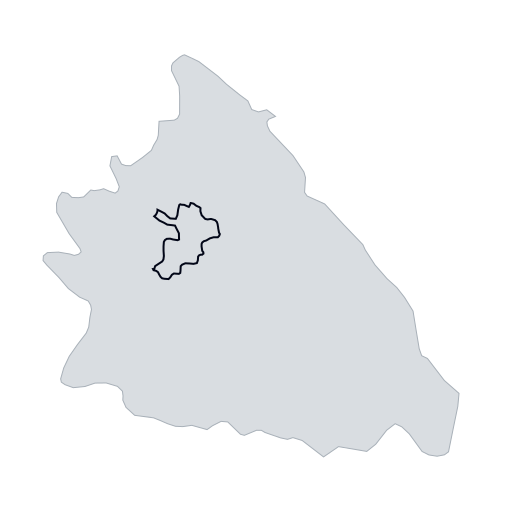 Bosnia and Herzegovina, with Sarajevo highlighted, rotated 184°
{"feature_id": "BIH-2890", "entity_name": "Sarajevo", "entity_type": "Canton", "adm_level": 1, "iso_a3": "BIH", "parent_name": "Bosnia and Herzegovina", "parent_adm1": "", "projection": "equal_earth", "projection_center": [18.322, 43.843], "detail": "fine", "context": "in_parent", "style": "outline", "palette": "ink", "viewbox_px": 512, "rotation_deg": 184, "n_neighbors": 0, "source": "natural_earth", "source_scale": "10m", "svg_char_len": 3309}
<svg xmlns="http://www.w3.org/2000/svg" viewBox="0 0 512 512"><g transform="rotate(184 256 256)"><path d="M441.4,116.6L442.3,119.8L440.0,130.9L435.3,142.9L427.8,155.4L420.0,167.2L417.9,173.4L417.4,183.3L416.4,191.2L417.5,195.4L420.2,199.4L429.0,202.6L440.9,210.4L451.0,220.7L464.0,232.3L468.1,236.6L468.1,241.3L464.4,244.8L453.3,246.1L441.8,245.0L437.3,243.9L433.2,245.3L430.7,247.9L432.1,251.1L444.0,265.3L457.8,285.6L458.7,294.4L457.0,301.3L453.9,306.1L448.1,305.3L443.8,301.6L437.1,301.8L432.0,302.9L425.4,310.3L422.0,309.9L416.3,311.1L412.7,312.5L406.9,310.4L400.9,308.9L398.3,311.2L397.2,315.5L400.9,323.4L408.0,335.7L406.9,345.1L401.5,346.2L396.6,338.3L392.3,337.1L387.3,337.3L376.0,346.4L367.7,354.1L365.8,359.4L362.8,365.3L361.9,369.5L362.1,383.6L347.0,385.8L343.9,387.9L342.1,392.2L343.3,410.3L344.6,420.0L353.2,435.0L353.5,439.8L352.3,442.9L346.2,448.9L343.2,451.0L341.3,451.7L331.2,447.8L326.5,445.9L306.4,432.6L297.5,425.3L283.5,415.6L274.9,410.1L270.5,401.8L263.6,399.9L255.5,402.6L246.3,396.6L252.8,393.4L254.5,390.5L253.7,386.6L250.8,381.4L226.1,358.7L214.1,343.2L212.1,337.7L212.0,322.9L209.2,319.4L191.1,312.7L170.9,293.5L150.2,274.8L147.4,269.6L136.7,255.4L123.7,242.5L113.3,234.3L104.9,225.0L95.5,212.0L90.9,192.3L86.7,174.8L83.8,168.1L77.8,165.7L59.5,145.0L43.9,133.1L44.2,120.1L47.1,98.6L50.3,74.1L54.2,70.8L61.4,68.9L69.6,69.6L76.7,72.6L90.7,89.3L98.7,95.8L105.5,98.4L113.5,91.3L123.4,76.6L131.9,68.8L160.4,71.6L174.6,60.3L197.1,75.2L206.5,77.4L211.8,75.3L218.9,76.3L234.8,80.6L238.5,82.5L243.3,82.2L255.1,76.3L259.1,77.1L272.6,88.5L279.3,88.6L287.5,83.7L292.7,79.4L308.2,82.6L317.1,80.7L324.4,80.5L332.4,82.5L339.7,85.1L346.8,87.4L365.9,88.6L375.1,95.9L378.8,102.9L378.9,107.2L379.8,111.8L385.1,116.3L396.6,118.9L403.9,118.3L407.7,118.0L417.5,113.9L429.1,111.9L437.5,114.3L441.4,116.6Z" fill="#d9dde1" stroke="#a8b0b8" stroke-width="1"/><path d="M357.8,235.8L356.6,235.9L355.9,238.9L352.5,241.5L349.2,244.0L348.1,246.1L347.9,249.6L348.6,254.7L348.9,259.1L348.9,263.6L348.0,265.5L346.2,266.9L342.9,267.3L339.9,266.7L335.3,266.3L333.9,267.1L334.2,270.0L334.5,273.3L337.5,278.2L338.9,280.7L341.9,280.9L346.7,281.1L350.2,282.8L354.8,284.6L360.3,288.5L360.0,288.8L358.7,290.2L357.8,292.3L357.4,294.1L357.5,295.3L353.7,293.7L350.1,292.1L347.3,289.6L344.2,287.5L342.0,287.5L338.6,287.5L337.3,291.1L336.9,297.0L336.1,301.5L335.2,302.3L334.2,302.0L331.1,302.0L328.5,301.0L326.4,300.3L325.4,302.4L324.9,304.3L324.6,304.3L323.3,304.1L322.2,303.9L321.8,303.8L321.4,303.5L319.0,301.9L315.9,300.8L314.7,299.9L314.7,299.0L314.6,296.8L313.0,292.8L312.9,292.8L310.1,290.2L309.3,289.5L309.1,289.4L306.8,289.1L304.2,289.7L303.4,289.8L302.8,289.7L299.3,288.9L297.4,287.2L296.6,285.3L295.7,281.6L295.7,281.3L295.6,280.8L294.5,276.7L293.6,275.4L294.1,273.6L295.4,272.0L299.7,271.7L303.2,270.4L306.7,268.0L309.1,267.1L310.6,265.7L311.1,264.3L311.0,261.9L310.0,257.4L309.1,256.4L308.8,256.1L308.6,254.7L309.9,253.5L311.1,253.5L312.7,252.8L313.7,251.4L313.7,247.6L314.5,244.8L317.8,243.8L321.6,243.9L326.0,243.8L329.1,242.2L330.4,240.6L330.3,235.9L330.4,233.8L331.7,232.8L334.5,232.8L336.7,232.8L338.6,231.4L340.0,228.8L341.2,227.4L341.6,226.9L343.9,226.9L345.8,226.9L348.1,227.2L349.8,228.6L351.5,231.1L352.6,233.0L354.5,234.2L357.2,234.7L357.8,235.8Z" fill="none" stroke="#020617" stroke-width="2"/></g></svg>